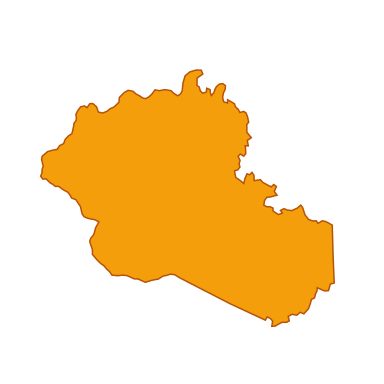 Rebouças, Paraná, Brazil (orthographic projection), rotated 188°
{"feature_id": "56859067B68448641599396", "entity_name": "Rebouças", "entity_type": "district", "adm_level": 2, "iso_a3": "BRA", "parent_name": "Brazil", "parent_adm1": "Paraná", "projection": "orthographic", "projection_center": [-50.618, -25.669], "detail": "fine", "context": "isolated", "style": "filled", "palette": "amber", "viewbox_px": 384, "rotation_deg": 188, "n_neighbors": 0, "source": "geoboundaries", "source_scale": "gbopen_adm2", "svg_char_len": 2886}
<svg xmlns="http://www.w3.org/2000/svg" viewBox="0 0 384 384"><g transform="rotate(188 192 192)"><path d="M192.2,105.3L183.1,102.1L138.6,86.6L101.5,75.3L100.1,78.8L96.6,77.6L94.2,75.3L94.3,70.1L90.8,70.9L88.6,72.7L84.7,75.5L80.2,76.1L77.7,77.9L79.4,82.2L75.9,84.8L71.1,84.6L68.0,88.0L64.3,86.9L60.4,92.6L59.3,98.0L58.8,102.2L56.0,104.1L55.6,107.5L54.5,111.5L54.6,114.6L47.0,112.5L43.1,113.3L42.2,120.0L38.5,121.7L43.3,147.8L48.5,178.7L52.2,180.2L55.7,181.4L59.0,181.6L62.9,178.5L65.0,180.8L68.2,180.1L72.8,181.1L76.9,185.1L80.4,192.2L82.5,194.1L85.5,190.7L90.5,187.5L95.0,187.4L98.6,188.3L101.8,186.1L99.6,183.7L103.1,181.7L106.6,183.2L109.0,184.4L109.6,187.4L112.8,188.3L115.7,187.8L119.0,188.9L119.0,193.6L117.3,197.0L113.5,198.1L107.3,200.7L110.6,203.9L109.2,209.2L112.1,210.8L114.3,208.1L118.3,209.5L123.3,211.4L126.0,213.7L132.0,211.9L133.0,217.2L135.3,219.8L137.4,217.1L140.1,217.7L141.5,212.5L141.9,207.6L144.5,209.3L148.0,211.2L150.6,212.4L151.8,215.5L152.8,219.0L149.9,220.1L148.0,223.4L149.3,226.4L148.8,230.0L151.3,233.6L149.5,236.3L145.7,234.7L144.1,237.5L145.0,242.3L145.7,245.2L142.7,245.5L144.4,250.8L140.8,254.0L146.0,258.8L146.6,263.4L147.2,266.3L145.6,268.9L147.3,273.8L149.4,277.7L151.9,279.0L155.7,277.4L157.8,280.4L160.8,282.4L162.3,285.3L165.0,286.5L169.6,288.3L169.2,285.1L173.1,285.7L174.8,289.7L174.7,294.1L173.4,298.5L173.7,302.0L176.7,303.6L179.9,302.7L182.5,299.7L183.7,296.5L184.1,293.6L186.2,290.2L187.6,292.7L188.3,295.9L191.9,296.8L191.7,293.0L195.1,291.3L197.8,293.3L199.5,297.0L201.9,298.3L202.8,305.6L197.7,310.3L199.8,313.9L204.8,313.4L210.9,310.6L215.0,306.1L216.1,298.9L215.8,290.7L217.1,287.3L219.6,285.3L223.7,287.1L226.8,289.4L233.2,289.6L238.4,287.8L242.9,288.0L245.2,283.6L247.7,280.4L250.9,278.0L253.8,278.2L257.0,279.8L261.3,281.4L264.3,283.5L269.4,283.8L272.9,281.1L277.1,275.5L276.8,270.8L281.0,265.3L284.7,263.1L287.1,260.3L291.4,257.8L295.8,258.1L298.4,263.1L302.6,265.8L305.5,265.2L307.7,260.9L310.4,262.3L314.2,260.8L316.6,256.3L317.8,252.7L316.9,249.8L316.7,246.7L318.4,243.8L318.4,240.6L318.7,236.1L319.1,233.0L322.2,230.3L324.9,226.4L325.9,222.0L329.5,219.6L331.4,215.5L336.1,213.9L340.6,211.9L343.2,209.0L345.4,206.4L345.5,203.5L344.2,200.0L342.9,196.9L343.6,193.8L343.2,189.9L344.1,186.6L341.5,184.0L338.3,184.7L334.0,181.4L330.6,180.1L328.2,178.5L324.8,179.0L319.8,176.3L315.0,174.5L312.2,171.7L310.3,169.2L306.0,168.3L302.8,164.7L300.5,162.1L297.8,155.1L295.6,152.6L291.8,151.5L288.8,151.2L284.2,151.0L280.0,149.4L282.4,143.3L283.3,136.4L285.9,131.9L286.4,128.7L284.6,125.0L282.7,121.4L281.9,116.3L279.5,114.2L276.3,111.3L272.3,108.4L268.8,106.6L265.6,103.7L262.5,101.6L259.7,98.5L253.6,98.8L249.9,99.9L245.0,100.2L242.4,99.5L236.9,97.9L233.6,98.4L228.4,96.9L225.5,96.1L220.9,98.4L217.5,99.7L213.2,101.1L209.0,104.7L206.3,105.6L201.9,107.6L197.6,107.7L192.2,105.3Z" fill="#f59e0b" stroke="#b45309" stroke-width="1.5"/></g></svg>